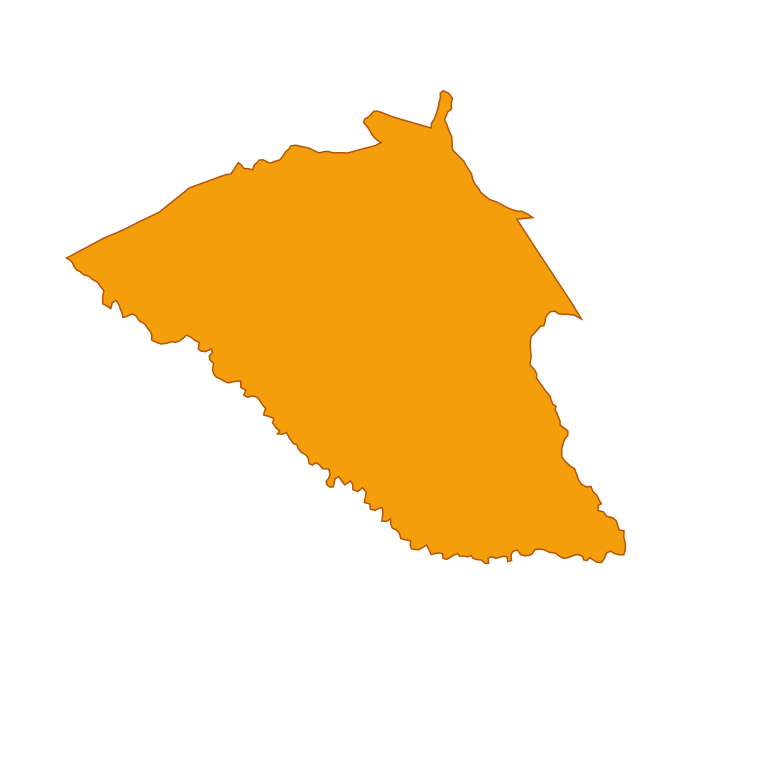 the district of Ituaçu, Bahia, Brazil, rotated 330°
{"feature_id": "56859067B14233207063094", "entity_name": "Ituaçu", "entity_type": "district", "adm_level": 2, "iso_a3": "BRA", "parent_name": "Brazil", "parent_adm1": "Bahia", "projection": "natural_earth1", "projection_center": [-41.391, -13.875], "detail": "fine", "context": "isolated", "style": "filled", "palette": "amber", "viewbox_px": 768, "rotation_deg": 330, "n_neighbors": 0, "source": "geoboundaries", "source_scale": "gbopen_adm2", "svg_char_len": 4539}
<svg xmlns="http://www.w3.org/2000/svg" viewBox="0 0 768 768"><g transform="rotate(330 384 384)"><path d="M348.7,123.0L313.4,116.8L304.1,118.4L299.3,119.1L274.9,122.8L253.4,121.1L234.5,120.1L214.7,117.6L172.0,116.2L174.0,119.7L174.9,123.2L174.3,127.7L174.8,131.4L176.9,134.5L178.5,139.3L182.4,143.1L183.6,147.4L186.8,152.5L187.3,158.6L188.0,163.4L184.1,167.5L180.6,174.0L183.3,178.4L185.0,182.1L189.5,177.7L193.8,177.8L194.1,183.4L193.0,187.5L192.6,192.1L191.1,195.8L195.0,196.9L201.1,197.3L203.4,201.4L203.6,207.0L206.8,212.1L207.1,217.3L207.9,222.2L207.1,226.0L204.7,229.8L208.2,234.8L211.0,237.9L215.8,240.0L221.1,241.1L224.2,243.6L228.5,244.4L232.7,244.1L237.3,242.8L240.3,247.2L242.0,251.7L244.8,255.8L240.7,260.7L242.0,264.0L245.6,266.7L251.8,267.3L251.3,271.0L246.8,272.2L245.2,276.0L246.7,280.9L242.5,286.0L241.6,290.4L242.1,294.0L244.5,297.3L246.6,301.0L249.5,305.0L253.8,306.4L257.8,307.9L261.2,309.7L258.3,315.5L261.3,320.2L257.0,323.5L259.3,327.4L264.4,328.6L267.5,332.1L268.1,335.8L268.4,341.8L269.3,346.1L266.4,348.2L264.4,350.8L267.7,354.1L271.3,358.7L268.1,362.2L268.6,368.0L270.1,372.5L266.8,373.9L270.8,376.6L275.2,377.4L275.1,384.0L275.8,390.2L278.1,393.1L277.4,398.0L278.3,402.1L280.9,406.2L281.3,409.9L279.4,415.7L281.7,418.6L285.1,417.8L287.4,420.7L288.6,426.8L293.6,430.0L292.1,435.6L288.6,438.1L285.2,439.4L284.2,442.9L285.7,446.4L288.7,447.6L294.2,441.6L298.6,441.6L298.9,446.4L299.5,451.7L306.5,451.3L306.8,455.3L304.3,460.0L307.6,464.1L313.4,463.0L314.5,469.0L310.7,473.3L307.7,476.8L311.8,480.9L309.6,485.7L313.3,489.0L317.1,489.1L320.6,490.0L318.8,494.8L315.7,499.0L313.5,501.7L317.6,504.2L322.1,504.1L320.1,508.2L319.0,512.6L321.9,516.8L322.6,521.3L321.2,526.2L323.8,528.9L328.6,533.0L326.1,536.9L325.3,540.5L330.6,544.7L335.7,545.0L340.4,544.7L340.2,549.7L339.6,555.3L343.9,556.4L347.4,557.9L349.9,560.2L348.0,564.5L350.5,567.2L354.6,567.2L358.2,567.0L363.0,567.6L363.5,571.1L367.3,573.0L370.0,575.6L373.5,575.9L374.1,579.7L376.5,582.4L380.3,585.1L382.1,590.2L385.1,591.5L386.7,587.2L390.4,587.0L393.7,590.9L398.4,592.1L401.5,592.9L404.2,595.0L402.4,599.7L406.2,600.7L408.6,595.2L412.2,593.4L416.5,594.5L417.0,600.1L420.2,603.3L423.5,604.8L426.6,605.5L432.3,602.7L436.7,605.2L439.9,607.7L443.1,612.5L447.9,616.2L449.9,621.1L452.2,624.6L455.0,625.9L459.7,626.9L463.0,627.3L466.8,628.7L469.8,632.6L469.0,636.2L471.5,638.4L475.4,637.2L477.3,641.1L479.1,644.6L483.1,647.3L487.4,645.4L492.3,641.5L496.6,642.1L498.7,645.9L501.9,649.3L506.3,651.8L509.6,648.7L512.2,644.8L513.7,641.3L515.2,636.2L518.5,631.2L514.7,628.0L515.7,623.3L516.7,618.3L515.2,614.3L510.7,609.8L510.1,604.3L505.9,600.5L509.0,596.2L512.3,596.4L512.3,591.5L512.7,586.9L511.2,581.7L512.0,576.1L507.9,574.6L504.8,569.2L504.6,564.3L505.6,559.1L506.7,552.4L504.3,548.3L502.3,541.5L501.5,536.4L503.4,532.6L505.4,529.1L509.8,524.8L512.4,522.5L517.7,520.1L519.7,516.6L518.5,513.2L516.0,507.7L518.0,503.8L518.5,499.4L519.2,495.4L519.2,491.6L521.8,489.6L520.2,485.7L520.8,481.0L521.6,477.5L521.2,473.8L520.3,470.2L520.2,466.3L519.5,460.6L519.0,455.3L521.2,451.7L521.5,447.0L520.7,443.5L520.2,439.8L522.7,436.9L525.6,433.0L528.4,426.6L532.2,419.9L535.3,416.5L539.2,415.3L544.3,413.6L548.3,412.2L551.6,413.4L554.6,410.6L557.1,407.4L560.3,405.6L564.4,404.6L568.4,406.4L570.3,410.4L573.7,413.1L577.5,415.1L580.0,417.2L583.1,419.2L585.2,422.8L587.5,426.2L587.0,407.1L584.9,370.8L583.5,347.8L581.4,307.7L596.0,314.2L593.1,308.2L589.9,303.5L585.4,300.6L581.0,295.7L578.2,291.8L575.9,287.9L572.6,282.7L567.9,277.4L565.6,272.0L563.7,266.6L563.6,261.3L562.9,257.2L563.0,251.8L564.8,246.0L564.5,238.4L564.4,234.4L564.6,230.8L562.9,225.1L561.9,220.9L560.8,217.5L561.0,213.7L563.6,209.1L566.3,203.7L566.9,197.1L568.1,191.1L568.6,185.5L571.3,183.3L575.1,180.4L579.9,179.6L582.6,174.7L586.1,170.6L585.4,164.4L581.8,159.6L578.1,160.3L575.6,164.8L572.6,167.5L569.8,170.9L567.3,173.4L563.6,176.9L559.8,179.8L555.6,181.8L552.8,185.9L527.9,160.0L523.5,155.0L517.5,147.4L514.1,143.8L511.1,142.8L507.4,144.2L504.0,144.9L499.8,144.9L497.1,147.4L498.1,152.6L498.5,157.7L498.3,162.3L498.8,165.8L500.0,169.3L502.1,173.4L495.9,173.2L467.6,165.6L464.4,163.4L460.6,161.2L456.9,159.2L454.2,157.1L451.7,154.5L448.3,152.8L443.3,151.4L440.3,147.1L436.4,141.5L432.0,137.8L426.8,133.0L422.3,131.2L419.5,132.9L415.0,133.7L410.5,136.1L405.7,137.8L400.7,136.6L396.2,136.0L393.9,133.4L391.6,129.6L388.1,127.7L385.1,128.7L381.1,129.4L377.5,132.9L373.8,129.4L370.6,127.7L370.0,123.4L368.6,119.5L356.4,125.6L352.0,123.8L348.7,123.0Z" fill="#f59e0b" stroke="#b45309" stroke-width="1.5"/></g></svg>